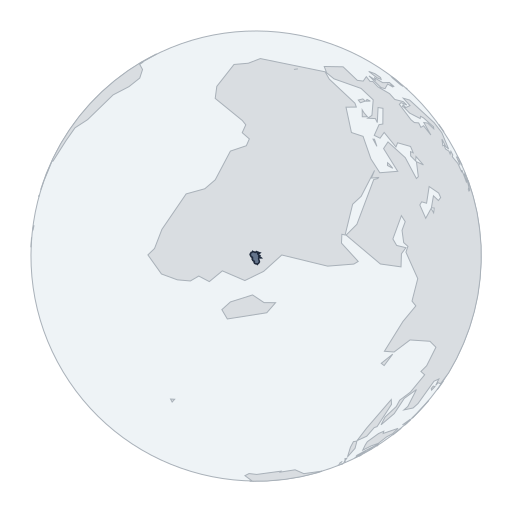 Ruvuma highlighted on a globe, orthographic projection, rotated 59°
{"feature_id": "TZA-3389", "entity_name": "Ruvuma", "entity_type": "Region", "adm_level": 1, "iso_a3": "TZA", "parent_name": "United Republic of Tanzania", "parent_adm1": "", "projection": "orthographic", "projection_center": [36.042, -10.46], "detail": "medium", "context": "on_globe", "style": "filled", "palette": "slate", "viewbox_px": 512, "rotation_deg": 59, "n_neighbors": 0, "source": "natural_earth", "source_scale": "10m", "svg_char_len": 7277}
<svg xmlns="http://www.w3.org/2000/svg" viewBox="0 0 512 512"><g transform="rotate(59 256 256)"><circle cx="256" cy="256" r="225" fill="#eef3f6" stroke="#a8b0b8"/><path d="M31.5,237.0L31.6,237.9L31.4,246.4L31.1,252.8L31.7,253.1L31.8,257.0L37.7,257.2L43.6,264.0L45.4,277.6L44.3,295.5L52.4,330.2L52.9,345.1L59.1,359.1L70.1,381.1L69.6,382.2L76.1,390.6L81.0,397.5L82.4,399.5L88.0,406.1L88.3,406.4L77.6,393.6L67.9,380.0L59.2,365.7L51.7,350.9L45.2,335.5L39.9,319.6L35.8,303.5L32.9,287.0L31.2,270.4L30.7,253.7L31.5,237.0ZM92.0,410.4L92.3,410.8L93.3,411.9L92.0,410.4ZM124.4,438.8L128.3,441.4L132.6,444.5L131.9,444.0L124.4,438.8ZM117.9,433.4L115.0,430.5L116.2,431.2L118.5,433.4L117.9,433.4ZM455.4,151.1L460.5,163.6L458.4,165.2L459.5,168.7L455.6,162.6L455.0,167.9L465.9,193.1L467.2,199.6L464.1,208.5L463.2,203.4L453.1,187.2L454.4,202.2L462.3,218.7L465.1,235.8L460.5,228.3L457.3,213.3L453.6,207.1L452.2,193.7L444.7,172.6L439.9,174.1L438.0,166.3L426.9,148.8L418.7,150.8L407.3,167.2L409.4,187.1L403.8,195.0L387.8,163.8L381.1,144.7L375.0,145.5L358.7,129.0L329.9,125.5L326.0,120.8L320.6,122.5L309.2,117.6L303.4,110.4L296.3,110.6L311.9,129.9L319.4,130.0L326.1,123.2L329.0,130.2L340.0,137.3L326.9,153.5L284.5,168.0L280.8,153.2L251.1,115.7L252.3,111.8L252.2,111.3L251.8,110.5L248.6,117.0L243.7,110.3L259.0,135.1L261.4,146.5L283.9,168.8L281.6,171.2L289.0,176.1L313.3,171.2L313.3,176.3L301.6,199.8L268.4,233.4L273.1,257.3L271.3,278.2L251.4,292.5L253.9,309.2L243.7,315.4L243.6,325.1L235.9,335.7L222.7,346.3L199.4,348.1L197.3,339.1L184.7,322.9L166.8,283.9L172.0,265.2L169.7,251.7L152.9,223.9L156.5,207.5L152.2,201.4L143.2,204.3L138.3,197.2L132.9,197.9L99.9,209.8L90.4,202.2L80.5,176.2L86.8,163.3L89.0,150.6L133.7,101.9L142.1,102.1L176.0,92.5L180.0,93.3L174.8,102.2L199.3,110.6L208.6,102.6L232.0,107.5L248.4,107.0L256.4,90.9L229.6,91.3L226.2,84.1L248.6,77.4L272.2,78.6L271.6,76.0L257.8,69.9L264.2,65.6L253.1,67.6L256.8,70.2L249.9,71.9L246.1,69.8L248.5,68.1L241.7,67.1L231.9,76.3L234.6,79.9L216.1,82.5L218.9,89.0L213.5,92.5L206.8,82.9L208.2,79.3L194.8,71.1L191.6,74.9L204.1,83.3L199.7,82.9L195.4,89.3L195.2,84.2L182.5,75.1L166.5,79.6L144.3,97.9L135.3,101.1L128.7,99.9L138.7,83.9L157.6,78.7L161.3,74.0L159.1,69.1L165.1,68.3L166.5,66.0L173.8,64.4L185.6,57.9L193.3,56.4L199.5,50.3L204.3,49.0L199.2,52.7L199.8,55.0L219.0,53.0L223.2,51.5L225.7,48.0L230.7,48.4L230.6,45.3L242.4,43.8L228.0,43.4L230.5,40.4L238.5,38.1L236.7,37.3L223.8,41.3L221.0,43.0L222.7,44.5L212.7,50.7L205.8,52.3L206.4,46.5L196.6,48.5L201.4,44.0L233.5,34.6L246.0,33.2L263.6,35.8L259.7,37.0L251.5,36.4L257.7,39.1L257.9,37.8L262.0,38.4L265.5,36.6L268.6,37.1L266.6,35.0L270.8,35.3L272.0,36.6L280.7,35.3L289.8,36.4L290.3,35.9L288.2,35.2L301.1,37.6L300.9,37.2L296.6,36.2L293.3,35.1L292.7,34.2L297.2,35.0L298.0,35.4L306.6,38.1L308.2,39.7L310.0,40.0L309.7,38.9L299.2,35.6L297.5,34.9L303.1,36.3L300.9,35.7L301.5,35.7L306.3,36.6L300.4,35.2L300.5,35.2L316.7,39.1L332.6,44.1L348.0,50.4L363.0,57.7L377.3,66.2L391.0,75.7L404.0,86.1L416.1,97.5L427.4,109.8L437.7,122.9L447.1,136.7L455.4,151.1ZM117.2,123.7L115.6,127.4L117.2,123.7ZM296.6,89.3L311.1,91.1L305.4,81.4L310.5,81.5L306.7,78.5L305.0,80.8L295.8,72.9L302.4,71.1L301.0,67.6L296.1,67.0L285.6,71.8L298.6,82.6L294.9,86.1L296.6,89.3ZM167.2,57.3L169.1,57.8L165.5,60.5L155.8,64.3L160.9,60.2L167.2,57.3ZM172.7,58.1L176.0,52.3L182.1,50.3L178.1,52.3L181.9,51.5L176.4,54.6L179.0,59.2L176.0,62.1L159.8,66.4L166.7,63.1L164.4,62.5L172.7,58.1ZM173.6,46.8L175.1,45.9L186.5,42.5L183.8,43.9L174.0,47.2L171.4,47.7L173.6,46.8ZM193.1,39.7L192.9,39.7L193.1,39.7ZM190.3,40.5L190.8,40.4L189.1,40.9L190.3,40.5ZM185.4,89.7L188.7,89.7L194.0,88.8L191.4,93.2L185.4,89.7ZM176.4,83.5L179.5,82.6L178.4,87.6L175.0,88.0L176.4,83.5ZM182.1,78.2L179.8,82.2L179.0,80.2L182.1,78.2ZM202.2,52.0L205.6,51.2L205.6,52.0L203.3,53.4L202.2,52.0ZM244.8,31.0L245.2,31.0L239.3,31.5L237.3,31.5L238.6,31.4L244.8,31.0ZM251.3,93.6L246.1,96.7L243.8,95.2L246.1,94.4L251.3,93.6ZM216.9,94.3L224.3,95.9L216.1,95.5L216.9,94.3ZM244.5,31.1L244.0,31.1L246.7,31.0L244.5,31.1ZM336.9,399.5L338.0,403.1L334.6,402.9L336.9,399.5ZM310.2,276.0L295.2,313.0L284.4,312.9L282.2,301.6L287.6,279.0L300.1,273.1L306.1,263.3L310.2,276.0ZM476.5,287.8L476.9,290.7L476.7,291.6L476.5,287.8ZM476.1,282.3L477.1,284.7L475.6,284.3L476.1,282.3ZM477.4,285.6L478.3,285.7L478.7,285.0L478.4,287.0L477.4,285.6ZM475.3,281.0L468.6,273.6L465.3,268.1L466.6,264.8L471.9,270.2L475.3,281.0ZM466.3,264.5L460.5,249.8L448.7,214.0L453.0,216.3L464.6,240.1L464.0,243.0L467.5,253.9L466.3,264.5ZM478.1,255.0L477.4,264.5L474.2,259.6L472.5,256.2L471.3,242.4L472.0,236.7L473.6,238.4L476.9,223.0L478.7,230.3L478.3,237.3L479.6,247.5L478.1,255.0ZM410.5,189.3L415.9,202.6L412.5,203.9L410.5,189.3ZM476.1,211.0L476.2,217.5L475.4,207.8L476.1,211.0ZM474.3,201.2L475.4,205.8L474.0,200.4L474.3,201.2ZM461.4,174.6L459.9,174.1L458.8,171.0L460.1,169.8L461.4,174.6ZM461.1,162.8L462.9,167.0L464.0,169.6L461.4,163.6L459.7,159.7L461.1,162.8ZM284.5,32.6L279.3,32.5L278.6,33.2L283.3,34.3L274.5,33.1L275.4,32.0L284.5,32.6ZM445.7,377.5L447.3,375.0L438.6,378.6L438.9,374.0L443.6,367.9L453.3,345.4L453.7,346.6L459.4,332.6L467.2,327.1L474.4,310.2L473.5,314.6L468.4,331.1L462.0,347.1L454.5,362.6L445.7,377.5ZM477.5,293.6L478.8,288.4L478.8,289.3L477.5,293.6ZM480.8,270.7L480.9,268.2L480.9,268.6L480.8,270.7ZM480.1,250.9L480.3,257.8L481.0,256.5L480.5,260.1L480.2,272.0L479.8,275.3L480.2,262.5L479.2,273.4L478.8,272.0L479.2,261.7L480.0,251.0L480.3,247.3L481.2,249.9L480.1,250.9ZM479.9,231.2L479.0,224.1L478.9,225.3L478.4,220.2L479.9,231.2ZM477.2,213.2L477.5,215.0L477.6,216.0L476.9,211.8L477.2,213.2ZM477.0,213.0L475.9,207.4L476.4,209.5L477.0,213.0ZM475.6,205.6L473.7,199.2L468.7,182.1L469.2,183.2L472.8,195.1L475.3,204.3L475.6,205.6Z" fill="#d9dde1" stroke="#a8b0b8" stroke-width="1"/><path d="M250.5,256.5L250.4,256.4L250.7,256.3L251.1,256.0L251.3,255.8L251.6,255.6L251.9,255.4L251.9,255.1L252.0,255.0L252.4,254.9L252.5,254.8L252.8,254.4L252.8,254.1L252.6,253.9L252.6,253.7L252.4,253.4L252.9,253.1L253.2,252.7L253.5,252.5L254.1,252.0L254.4,251.8L254.7,251.6L255.0,251.5L255.4,251.0L255.5,251.5L255.6,251.8L255.5,252.0L255.4,252.1L255.3,252.5L255.0,253.0L254.8,253.1L254.7,253.3L254.9,253.4L255.7,253.4L255.8,253.3L256.0,253.1L256.4,253.2L256.7,253.1L256.9,253.2L257.2,253.1L257.5,252.8L257.6,252.5L257.7,252.4L257.8,252.5L257.7,252.7L258.0,253.3L257.9,253.6L257.7,253.9L257.8,254.0L258.1,254.0L258.4,253.8L259.2,253.1L259.6,252.8L260.0,252.6L260.3,252.5L260.1,252.9L259.7,253.5L259.3,253.8L259.2,254.0L259.2,254.8L259.4,255.0L260.3,255.4L262.5,255.9L262.9,256.2L263.1,256.7L263.2,256.9L263.5,257.4L263.6,258.2L263.9,259.2L263.3,259.3L263.1,259.4L262.8,260.0L262.2,260.6L261.9,260.7L261.6,260.8L261.4,261.0L261.1,260.9L260.7,260.9L260.2,260.8L260.0,260.6L259.8,260.3L259.7,260.4L259.3,260.5L259.2,260.4L258.7,260.8L258.4,260.9L258.2,261.0L257.9,261.0L257.8,260.9L257.7,260.8L257.3,260.8L256.9,260.9L256.6,260.9L256.5,260.6L256.5,260.4L255.9,260.1L255.7,260.1L255.7,259.9L255.2,259.7L254.9,260.0L254.7,260.1L254.5,260.4L254.2,260.5L253.9,260.4L253.7,260.5L253.6,260.4L251.9,260.4L251.8,260.1L251.5,259.6L251.4,259.5L251.2,259.4L251.1,259.5L251.0,259.3L251.0,259.2L250.9,259.1L250.9,258.9L250.5,258.5L250.4,258.2L250.6,257.8L250.7,257.2L250.7,256.9L250.5,256.6L250.5,256.5Z" fill="#64748b" stroke="#1e293b" stroke-width="1.5"/></g></svg>